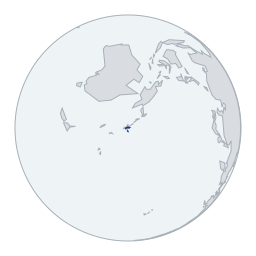 Malaita on an orthographic globe, rotated 113°
{"feature_id": "SLB-1260", "entity_name": "Malaita", "entity_type": "Province", "adm_level": 1, "iso_a3": "SLB", "parent_name": "Solomon Islands", "parent_adm1": "", "projection": "orthographic", "projection_center": [161.217, -8.863], "detail": "fine", "context": "on_globe", "style": "filled", "palette": "blue", "viewbox_px": 256, "rotation_deg": 113, "n_neighbors": 0, "source": "natural_earth", "source_scale": "10m", "svg_char_len": 6459}
<svg xmlns="http://www.w3.org/2000/svg" viewBox="0 0 256 256"><g transform="rotate(113 128 128)"><circle cx="128" cy="128" r="113" fill="#eef3f6" stroke="#a8b0b8"/><path d="M162.9,143.0L162.9,143.9L162.8,144.0L162.9,143.0ZM223.8,68.8L223.2,67.8L224.3,69.6L229.2,78.6L227.1,74.5L226.5,73.4L221.4,65.2L218.7,61.9L210.7,52.4L200.2,41.9L202.5,43.7L199.7,41.2L196.7,39.0L195.4,38.2L181.8,29.6L171.0,25.5L170.3,26.4L168.3,24.8L168.8,28.3L164.7,29.1L167.7,27.0L166.7,26.0L163.1,25.7L161.3,24.6L158.6,24.0L156.8,22.9L158.7,22.1L157.5,21.5L155.0,21.4L151.7,20.4L155.5,20.6L150.0,19.1L152.2,18.4L163.9,21.3L163.8,21.2L171.9,24.3L179.8,28.0L187.3,32.2L194.5,37.1L201.3,42.5L207.7,48.4L213.6,54.8L219.0,61.6L223.8,68.8ZM200.8,79.9L200.0,77.5L201.7,79.1L200.8,79.9ZM198.6,76.1L199.1,76.9L198.5,76.2L198.6,76.1ZM197.6,75.6L198.3,76.0L197.6,75.8L197.6,75.6ZM196.4,75.3L197.0,75.4L196.4,75.3ZM194.2,74.1L193.7,73.7L194.2,73.5L194.2,74.1ZM195.1,38.1L196.8,39.1L200.2,41.7L199.0,40.9L195.1,38.1ZM188.5,33.9L188.8,33.9L191.9,36.0L190.7,35.4L188.5,33.9ZM170.2,27.5L171.9,27.7L170.8,27.9L170.2,27.5ZM158.5,24.1L158.6,24.5L157.1,24.0L158.5,24.1ZM153.0,22.0L150.6,21.3L153.4,21.8L153.0,22.0ZM149.5,20.9L143.7,19.6L143.3,20.2L141.0,18.2L146.7,19.7L150.1,20.2L148.7,20.3L149.5,20.9ZM140.7,17.5L139.5,17.2L141.1,17.4L140.7,17.5ZM107.8,17.2L103.9,18.0L110.1,17.2L109.5,18.0L111.0,17.5L115.0,17.3L115.2,17.0L116.2,16.9L126.6,17.2L127.8,17.7L134.0,18.1L134.7,18.0L134.2,17.5L141.0,18.2L143.3,20.2L141.5,20.3L144.2,21.8L139.5,22.0L137.0,23.1L130.3,23.0L128.8,24.2L130.1,24.7L129.0,27.0L122.5,30.6L122.3,25.4L130.9,21.2L126.9,22.6L126.2,21.7L123.8,22.0L121.1,23.2L121.8,23.6L109.1,24.1L99.4,28.1L104.0,28.3L104.6,30.0L97.6,36.5L80.0,45.7L80.5,49.5L79.0,52.0L75.0,53.4L77.2,49.7L75.3,48.3L77.1,46.3L71.5,47.8L73.8,45.0L68.3,47.8L67.8,50.1L71.9,49.6L66.1,53.7L67.3,58.1L64.8,63.6L54.1,73.7L47.2,77.1L46.2,79.0L44.8,77.1L40.8,81.1L41.8,91.7L41.1,95.0L35.6,101.8L35.9,99.3L32.1,94.0L29.8,102.1L32.7,108.2L33.6,116.0L30.7,113.9L30.0,107.1L28.7,105.1L30.1,98.1L31.1,88.3L28.3,90.7L29.6,86.7L30.5,79.4L27.1,82.8L21.0,94.9L18.5,105.4L17.1,110.7L19.6,97.3L22.2,89.3L25.4,81.6L29.1,74.1L33.4,66.9L38.2,60.0L43.5,53.5L49.2,47.5L55.4,41.9L62.0,36.7L69.0,32.1L76.3,27.9L83.8,24.4L91.7,21.4L99.7,19.0L107.8,17.2ZM53.6,212.0L55.2,213.1L55.3,213.5L53.6,212.0ZM53.3,133.8L56.0,134.3L56.0,134.8L53.3,133.8ZM50.4,132.0L53.4,132.1L50.1,133.2L50.4,132.0ZM54.5,132.2L57.6,131.1L58.9,130.2L58.7,131.3L54.5,132.2ZM48.5,132.2L38.9,132.7L35.4,131.6L36.0,129.6L41.7,129.6L48.5,132.2ZM35.8,129.5L30.7,124.7L25.6,110.3L27.4,110.2L33.1,118.4L32.7,120.1L35.7,124.0L35.8,129.5ZM48.9,118.5L48.5,123.6L43.0,123.4L40.6,122.8L38.9,116.6L39.8,113.3L41.7,113.3L50.2,102.2L52.9,104.7L50.0,109.2L52.3,113.4L48.9,118.5ZM18.4,106.4L17.9,112.3L17.4,113.7L18.4,106.4ZM54.6,94.8L50.5,99.5L54.5,93.4L54.6,94.8ZM57.5,89.2L57.3,91.5L56.3,89.3L57.5,89.2ZM45.2,82.0L43.2,82.7L43.6,81.1L46.4,79.4L45.2,82.0ZM62.9,68.4L61.2,72.6L60.2,74.1L60.1,71.5L62.9,68.4ZM144.1,188.1L146.9,189.5L144.7,192.9L140.8,196.0L135.4,196.4L144.1,188.1ZM106.6,192.5L103.8,188.0L108.9,188.0L109.1,191.9L106.6,192.5ZM147.0,185.7L148.9,182.2L147.0,177.0L149.9,181.9L154.5,182.9L148.4,189.4L147.0,185.7ZM80.1,173.3L64.9,181.6L60.8,180.6L60.1,177.0L53.0,166.5L54.2,166.7L51.3,159.7L59.3,153.0L64.5,141.7L71.0,142.5L74.7,134.6L81.9,135.4L80.8,141.7L89.5,146.4L92.5,132.4L100.7,148.3L109.0,154.6L114.8,165.3L110.6,182.1L105.5,185.1L103.2,183.2L101.4,184.9L96.8,183.8L91.7,177.7L90.0,179.3L90.4,175.1L88.6,178.8L85.0,175.0L80.1,173.3ZM133.2,150.0L135.0,150.7L138.7,154.0L135.8,153.0L133.2,150.0ZM158.4,145.4L159.9,146.9L157.8,146.9L158.4,145.4ZM162.8,144.0L160.2,144.0L162.9,143.0L162.8,144.0ZM139.3,141.9L140.5,143.0L139.8,143.3L139.3,141.9ZM138.5,141.4L139.2,140.0L139.4,141.6L138.5,141.4ZM128.9,131.8L129.7,131.2L130.3,131.9L128.9,131.8ZM60.1,134.3L63.7,130.3L65.9,130.0L60.1,134.3ZM127.3,130.0L124.9,129.5L125.1,128.8L127.3,130.0ZM127.2,128.1L126.8,126.9L128.6,129.8L127.2,128.1ZM122.4,125.0L125.5,127.4L122.1,125.2L122.4,125.0ZM120.8,125.1L118.8,123.9L118.9,123.6L120.8,125.1ZM100.5,124.3L107.8,131.7L102.5,131.0L96.3,126.3L92.6,129.8L83.4,128.5L85.2,126.3L83.7,122.6L74.9,120.7L73.1,118.4L76.0,116.9L70.5,114.9L76.5,114.1L79.1,118.9L82.6,115.4L89.1,116.8L95.8,118.9L101.7,123.0L100.5,124.3ZM77.0,124.5L78.0,124.6L77.2,126.0L77.0,124.5ZM114.9,120.8L117.9,123.5L117.6,124.1L116.2,123.5L114.9,120.8ZM103.0,122.3L109.1,119.0L110.7,119.3L106.7,123.3L103.0,122.3ZM107.4,116.3L110.5,117.2L112.2,119.6L111.6,120.1L107.4,116.3ZM64.8,119.7L64.6,121.1L63.1,120.0L64.8,119.7ZM66.6,119.0L71.2,120.6L66.2,120.1L66.6,119.0ZM54.1,114.4L55.2,117.5L58.8,115.5L56.1,118.4L58.8,123.5L58.1,125.4L55.3,119.9L54.8,125.6L53.2,125.6L52.1,120.7L53.5,114.7L55.1,112.2L61.8,111.2L54.1,114.4ZM66.5,115.2L65.3,111.6L66.2,109.3L67.4,111.2L66.5,115.2ZM62.4,103.2L59.9,99.2L57.2,100.7L63.1,95.3L64.4,99.9L62.4,103.2ZM60.9,94.5L58.4,95.9L61.3,92.8L60.9,94.5ZM58.0,94.6L58.1,91.9L59.9,92.3L58.0,94.6ZM62.2,94.7L63.4,90.1L63.9,92.8L62.2,94.7ZM58.5,86.1L61.6,90.3L56.8,88.5L58.6,80.2L60.8,79.9L58.5,86.1ZM83.2,55.0L83.8,53.0L86.3,52.7L85.2,54.1L83.2,55.0ZM95.0,50.7L87.2,52.0L80.9,53.5L82.0,54.5L79.0,57.8L78.4,54.6L84.1,51.1L88.5,50.6L90.9,48.0L95.1,46.5L96.9,43.3L99.3,42.2L99.1,45.0L95.0,50.7ZM97.4,42.1L102.0,37.1L106.0,38.2L105.8,39.6L102.1,41.3L100.2,40.5L97.4,42.1ZM104.3,36.3L102.5,35.7L105.5,29.0L107.1,28.0L106.9,33.1L105.3,32.9L103.8,34.4L104.3,36.3ZM139.0,17.3L139.5,17.2L139.9,17.5L139.0,17.3ZM116.3,16.7L117.7,16.5L118.2,16.7L116.3,16.7ZM122.0,16.2L120.5,16.1L122.7,16.1L122.0,16.2ZM117.0,16.2L120.2,16.1L116.2,16.3L117.0,16.2Z" fill="#d9dde1" stroke="#a8b0b8" stroke-width="1"/><path d="M128.3,129.5L128.2,129.4L128.1,129.2L127.9,129.0L127.7,128.9L127.5,128.7L127.4,128.6L127.2,128.3L127.1,128.2L127.1,127.9L127.0,127.6L126.9,127.5L127.0,127.4L126.9,127.2L126.8,126.9L126.9,127.0L127.0,127.0L127.0,126.9L127.1,127.0L127.3,127.1L127.3,127.3L127.5,127.4L127.6,127.5L127.5,127.8L127.5,128.0L127.6,127.9L127.6,128.0L127.8,128.1L127.9,128.3L128.0,128.4L128.0,128.5L128.1,128.8L128.2,129.0L128.3,129.2L128.3,129.3L128.3,129.5L128.3,129.5ZM128.3,129.1L128.3,128.9L128.3,129.0L128.5,129.2L128.5,129.3L128.6,129.5L128.7,129.8L128.6,129.7L128.4,129.7L128.3,129.4L128.3,129.2L128.3,129.1ZM129.5,129.9L129.4,129.9L129.4,129.7L129.5,129.6L129.4,129.7L129.5,129.7L129.5,129.9L129.5,129.9ZM131.0,127.1L130.9,127.1L131.0,127.0L131.0,127.1Z" fill="#3b82f6" stroke="#1e3a8a" stroke-width="1.5"/></g></svg>